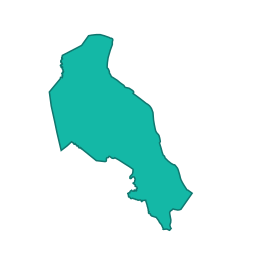 Pakxane, Bolikhamxai, Laos (Mercator projection), rotated 219°
{"feature_id": "54806243B37917799339304", "entity_name": "Pakxane", "entity_type": "district", "adm_level": 2, "iso_a3": "LAO", "parent_name": "Laos", "parent_adm1": "Bolikhamxai", "projection": "mercator", "projection_center": [103.742, 18.405], "detail": "fine", "context": "isolated", "style": "filled", "palette": "teal", "viewbox_px": 256, "rotation_deg": 219, "n_neighbors": 0, "source": "geoboundaries", "source_scale": "gbopen_adm2", "svg_char_len": 5145}
<svg xmlns="http://www.w3.org/2000/svg" viewBox="0 0 256 256"><g transform="rotate(219 128 128)"><path d="M36.7,70.8L36.8,71.3L34.6,73.6L33.6,74.1L32.1,74.4L31.3,74.7L31.3,75.6L31.4,76.9L31.3,77.0L32.8,77.7L34.2,78.7L34.7,79.6L35.4,81.5L36.8,83.5L41.6,87.6L42.5,88.6L42.7,89.4L42.8,90.3L42.7,90.7L42.4,91.2L42.3,91.4L42.2,92.7L42.0,93.5L40.8,93.9L39.2,94.8L37.8,95.5L36.6,96.7L35.7,98.1L37.1,117.7L42.3,117.4L43.2,117.0L48.4,118.7L51.6,119.9L54.4,121.2L55.8,122.1L57.7,123.6L60.1,125.3L61.2,126.0L61.8,126.5L63.5,127.5L64.3,127.9L67.8,128.7L68.2,128.7L68.6,128.7L68.8,128.6L69.5,128.1L72.4,127.6L76.5,127.6L77.9,127.8L80.4,128.0L80.9,128.5L81.9,129.0L82.5,129.1L83.7,129.1L86.4,130.8L89.7,133.2L94.2,136.2L94.2,136.9L94.3,137.7L95.0,138.4L97.0,140.1L99.1,141.6L99.9,141.9L100.6,142.1L101.5,142.1L102.7,142.4L104.4,143.0L106.3,144.4L109.7,147.2L113.1,150.2L118.4,155.8L122.0,157.9L123.6,158.4L125.3,158.8L127.6,158.8L129.6,158.5L136.8,158.4L144.0,158.1L145.8,158.0L146.0,159.3L146.4,159.7L147.2,160.0L148.7,160.0L152.2,159.6L152.8,159.3L155.8,157.8L156.7,158.0L158.0,158.5L162.5,158.2L166.2,158.3L170.9,157.8L172.4,157.6L173.1,157.4L175.2,158.4L176.3,158.8L176.9,158.9L178.1,160.2L179.3,160.9L180.9,161.6L182.0,161.6L183.1,162.9L185.2,165.9L187.7,170.1L190.7,177.2L192.7,183.0L194.4,185.1L195.2,186.9L196.1,187.5L197.2,187.4L198.3,186.7L199.6,186.5L204.4,184.8L208.3,183.1L211.4,180.6L214.5,177.5L216.7,174.9L216.0,163.0L224.7,143.1L224.0,141.9L223.9,141.1L223.7,140.8L223.6,140.7L223.6,141.1L223.4,141.1L223.0,140.8L222.6,140.7L222.4,140.4L222.6,140.1L222.7,139.8L222.7,139.7L222.5,139.3L222.5,139.1L222.6,138.9L222.5,138.7L222.6,138.4L222.4,138.2L222.4,137.9L222.2,137.8L221.8,137.8L221.7,137.7L221.8,137.5L222.0,137.3L221.9,137.2L221.7,137.2L221.4,137.0L221.4,136.8L221.3,136.7L220.8,136.8L220.3,136.9L220.0,136.9L219.7,136.7L219.7,136.1L219.3,136.1L219.2,136.1L219.2,135.9L219.4,135.7L219.4,135.2L219.8,134.9L220.0,134.6L220.0,134.3L219.7,133.9L219.2,133.9L218.9,133.8L218.6,133.5L218.5,133.4L218.3,133.6L218.1,134.1L217.7,134.1L218.2,133.4L218.1,133.2L217.4,133.2L217.3,133.3L217.2,133.6L216.8,133.5L216.7,133.3L216.5,133.1L216.3,132.6L215.9,132.5L215.2,132.5L215.1,132.4L214.7,131.7L214.1,131.6L213.8,131.5L213.5,131.1L213.4,130.8L213.5,130.6L213.8,130.6L214.0,130.3L213.8,129.9L213.3,129.7L213.4,129.4L213.7,129.3L213.8,129.1L213.8,128.8L213.7,128.6L213.2,128.6L213.0,128.4L212.7,128.3L212.6,128.1L212.2,128.1L212.0,127.9L212.2,127.5L212.1,127.2L211.6,126.9L211.5,126.7L211.1,126.6L211.0,126.3L211.2,126.0L211.0,125.7L211.7,125.5L212.2,125.0L212.3,124.9L211.8,124.0L211.6,123.8L211.8,106.5L201.5,96.8L189.2,87.0L180.4,79.8L165.8,68.5L164.1,75.7L163.2,81.8L161.9,81.8L161.5,82.0L161.0,81.8L160.7,81.9L160.3,81.6L160.1,81.5L159.8,81.7L159.5,81.6L159.4,81.7L159.5,81.8L159.4,81.9L159.1,82.0L159.2,82.3L159.2,82.6L158.7,82.5L158.4,82.5L158.2,82.5L158.1,82.3L158.2,82.2L157.9,82.2L157.2,82.3L156.9,82.2L156.3,81.9L156.2,82.0L156.1,82.4L156.0,82.5L155.9,82.6L155.6,82.5L155.4,82.6L155.3,82.4L154.6,82.2L154.4,82.0L154.1,82.1L153.7,81.8L153.5,82.0L153.2,82.0L153.0,82.3L152.8,82.4L152.5,82.4L152.2,82.5L151.8,82.7L151.7,82.8L151.8,82.9L151.7,82.9L151.3,82.5L151.1,82.5L150.5,82.6L150.2,82.9L149.9,82.7L149.6,82.8L149.4,82.7L132.1,82.7L124.6,87.5L124.1,88.4L124.4,89.2L125.2,90.2L125.6,90.7L125.7,91.7L125.2,92.0L124.8,92.5L124.9,94.1L124.2,94.4L121.3,94.5L120.2,95.2L119.7,95.8L119.6,96.6L115.0,97.4L108.5,98.1L102.7,98.8L98.3,99.1L97.8,98.9L97.7,98.8L97.7,98.6L97.2,97.8L97.1,97.6L96.9,97.5L96.4,96.7L95.9,95.6L95.7,95.2L95.7,94.2L95.7,93.6L95.8,93.3L95.9,91.6L95.2,90.5L95.0,90.2L94.6,90.1L94.3,90.2L94.0,90.5L93.8,90.8L93.7,92.7L93.4,93.1L92.9,93.5L92.6,93.7L92.1,93.7L91.2,93.2L90.9,93.3L90.8,93.1L90.0,92.4L89.9,92.2L89.8,91.9L89.8,91.7L89.4,90.9L89.0,90.2L88.9,89.9L88.9,89.4L89.1,89.0L89.4,88.5L89.3,88.3L89.2,88.2L87.6,88.3L86.9,88.4L86.7,88.4L86.3,88.2L86.2,87.9L86.1,87.5L86.0,87.3L85.6,87.3L84.1,87.6L83.8,87.6L83.2,87.2L82.8,86.8L82.7,86.7L83.1,85.8L83.1,85.6L82.9,85.4L82.0,84.9L82.0,84.6L82.0,84.3L82.1,84.2L82.4,84.0L82.7,84.0L83.6,83.9L84.0,83.8L84.1,83.5L84.1,83.4L84.0,83.2L83.5,83.0L83.5,82.8L83.5,82.7L83.9,82.5L84.2,82.2L84.6,81.9L85.2,81.7L85.5,81.7L86.0,81.9L86.4,80.6L86.4,79.9L86.3,79.5L86.0,78.9L85.9,78.7L86.0,78.6L86.6,78.1L86.7,77.8L87.0,77.0L86.9,76.8L86.1,76.6L85.9,76.5L85.5,76.0L84.9,75.6L84.6,75.2L84.2,74.9L83.9,74.9L83.5,75.3L83.1,75.3L82.7,75.3L81.7,74.9L81.3,75.0L81.1,75.2L81.0,75.3L80.8,75.4L80.4,76.1L79.9,76.4L78.3,76.9L77.7,77.3L77.0,77.3L76.5,77.6L75.9,78.0L75.2,78.1L74.7,78.2L74.4,78.6L73.7,79.3L73.2,79.7L73.0,79.9L72.7,80.0L72.3,80.0L71.9,79.8L71.6,79.5L71.3,79.4L71.1,79.4L71.0,79.6L70.9,79.7L71.0,80.6L71.1,80.8L71.0,81.0L70.2,81.5L69.9,81.8L69.7,82.2L69.4,82.4L68.8,83.0L67.7,82.1L66.3,81.3L65.9,80.9L65.3,80.6L64.4,79.9L63.7,79.3L63.0,78.9L61.9,78.1L61.6,77.8L61.0,77.4L60.8,77.3L60.7,77.0L60.3,76.7L60.1,76.3L59.5,76.1L59.1,76.2L59.0,75.9L58.9,75.2L58.6,74.9L58.1,74.8L57.7,74.8L57.2,75.2L56.9,75.3L56.2,75.1L56.0,74.9L55.9,74.8L55.7,74.6L55.4,74.7L54.6,74.5L54.0,74.6L49.8,76.3L46.0,75.3L43.9,74.4L41.1,73.9L37.4,72.0L36.7,70.8Z" fill="#14b8a6" stroke="#0f766e" stroke-width="1.5"/></g></svg>